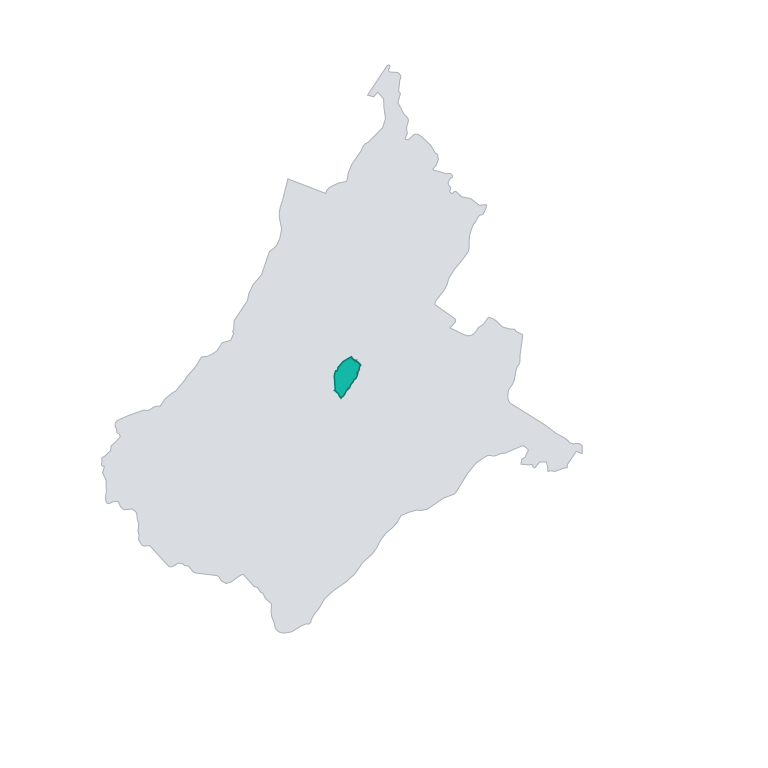 Lodja, Kasaï-Oriental, Democratic Republic of the Congo shown in context, rotated 213°
{"feature_id": "63176286B24830189223330", "entity_name": "Lodja", "entity_type": "district", "adm_level": 2, "iso_a3": "COD", "parent_name": "Democratic Republic of the Congo", "parent_adm1": "Kasaï-Oriental", "projection": "equal_earth", "projection_center": [23.394, -3.517], "detail": "fine", "context": "in_parent", "style": "filled", "palette": "teal", "viewbox_px": 768, "rotation_deg": 213, "n_neighbors": 0, "source": "geoboundaries", "source_scale": "gbopen_adm2", "svg_char_len": 6785}
<svg xmlns="http://www.w3.org/2000/svg" viewBox="0 0 768 768"><g transform="rotate(213 384 384)"><path d="M576.3,503.7L536.7,512.1L537.4,515.1L537.1,518.2L536.0,520.7L532.0,527.3L525.9,533.3L525.9,534.7L528.9,541.5L530.7,550.7L530.2,566.9L530.9,571.3L530.8,574.7L528.8,578.5L524.7,598.0L527.3,607.4L535.0,616.3L539.5,622.8L547.2,625.1L548.4,624.8L549.0,619.3L555.1,617.3L554.8,651.9L554.3,653.9L553.2,654.3L551.7,653.2L551.3,649.9L549.7,648.5L542.2,652.7L540.3,652.6L538.2,651.9L536.7,650.1L536.3,647.5L531.1,637.4L528.5,636.7L525.6,627.6L513.9,621.0L509.4,620.4L507.0,618.4L504.7,611.2L500.8,606.6L500.0,601.5L499.2,600.8L496.8,601.8L494.7,609.9L492.0,611.8L487.2,612.0L475.1,609.7L466.4,605.5L464.2,605.8L460.7,602.0L459.3,595.8L460.1,591.0L459.4,590.3L446.2,594.3L443.1,596.8L440.1,596.1L439.2,594.8L440.5,591.5L439.8,587.9L438.8,586.3L434.9,584.9L433.7,581.1L431.3,580.5L430.5,581.1L429.9,583.7L428.5,584.6L420.6,583.3L412.4,586.7L401.4,585.8L396.2,589.9L395.4,589.8L394.3,587.7L393.3,581.1L393.8,579.3L395.5,578.0L396.0,575.4L395.5,568.5L395.9,566.9L395.3,563.0L393.7,556.7L391.3,551.6L386.4,543.9L385.4,540.3L385.8,531.7L387.4,518.0L387.2,507.9L385.1,501.3L384.7,494.2L386.0,481.4L384.7,478.4L359.6,477.3L358.5,476.3L358.0,474.6L359.2,467.0L343.9,468.9L339.3,470.4L336.5,473.5L335.6,477.4L335.5,482.9L333.2,488.2L332.6,497.1L328.3,498.1L324.1,498.1L315.9,496.3L308.0,498.8L304.1,501.2L302.1,500.0L295.0,500.9L294.0,500.3L285.8,482.6L282.1,476.7L281.4,473.8L281.7,471.1L280.7,467.4L276.9,458.3L276.1,454.1L276.3,447.5L275.8,445.2L272.4,439.5L270.1,437.6L267.6,436.6L226.6,437.4L213.0,436.3L203.1,437.1L198.1,436.6L196.7,435.8L192.2,437.0L189.8,439.4L186.3,440.6L184.1,440.1L179.8,433.5L185.6,432.4L186.0,431.7L186.3,415.9L184.7,413.7L187.8,411.0L192.8,404.0L197.7,401.6L198.3,400.2L199.4,400.2L201.1,403.2L205.4,407.0L210.6,403.6L211.1,402.7L211.8,395.9L213.1,395.3L215.3,396.8L216.6,396.8L218.8,394.8L225.5,391.4L227.5,395.8L225.7,399.7L226.5,402.5L226.7,406.8L227.8,407.8L233.1,408.2L234.6,407.2L245.0,391.7L247.7,389.9L252.1,383.7L257.9,380.9L260.4,376.0L263.8,367.3L265.2,354.8L264.6,333.1L265.1,330.1L272.1,320.4L279.4,302.6L284.2,298.0L287.9,296.1L293.6,289.6L298.1,283.0L297.5,275.2L298.5,268.7L301.0,260.4L301.8,251.6L300.9,242.4L301.3,234.8L304.6,222.8L305.0,209.0L308.0,197.4L314.0,182.6L316.8,171.7L316.3,160.8L317.1,152.9L316.8,148.2L315.7,144.1L316.3,141.6L318.6,140.5L321.4,136.5L326.5,125.8L332.0,120.7L335.8,119.0L339.7,119.2L342.3,120.1L346.5,124.3L351.3,127.6L354.9,131.8L358.4,138.2L366.9,139.6L370.5,142.0L372.8,142.8L373.6,142.2L375.3,142.6L379.4,144.5L382.6,143.4L398.3,147.7L400.1,145.6L404.5,134.5L407.8,130.7L413.2,130.3L417.4,132.4L419.7,132.4L439.0,122.9L441.5,122.4L448.5,124.7L453.1,123.2L455.0,123.6L458.9,122.0L462.1,115.3L464.8,113.7L492.6,120.9L496.8,117.4L498.9,117.0L505.0,119.6L506.9,123.6L510.6,127.1L513.3,133.0L517.4,136.2L519.6,139.3L522.0,141.5L527.0,142.2L533.4,137.0L538.0,137.5L542.5,140.4L544.1,140.3L547.5,137.2L549.3,133.9L551.1,133.2L553.8,134.6L556.0,137.7L558.0,142.1L564.9,152.1L571.7,156.3L573.4,162.4L575.8,161.8L577.0,162.4L578.8,166.3L580.0,167.1L580.2,168.6L578.6,172.3L577.0,179.2L579.1,183.5L577.4,189.8L576.5,196.2L578.7,197.8L581.5,197.7L584.1,201.0L586.1,201.5L588.2,205.1L587.8,208.1L581.1,218.5L571.2,231.4L567.8,232.9L566.1,235.3L564.8,239.0L561.9,242.2L559.7,243.5L559.5,252.7L556.2,262.4L554.9,264.3L553.1,279.9L553.4,282.7L551.5,295.4L551.8,307.3L547.0,311.1L543.7,316.9L542.2,321.0L542.2,330.6L536.8,336.6L536.4,337.9L537.7,344.7L539.7,345.8L539.8,348.1L544.2,355.4L543.9,378.0L544.1,380.2L546.4,385.5L547.9,395.8L546.2,408.7L552.2,432.5L549.4,441.2L550.7,449.5L554.3,458.3L562.7,466.9L565.0,470.4L567.1,475.2L569.1,482.6L576.3,503.7Z" fill="#d9dde1" stroke="#a8b0b8" stroke-width="1"/><path d="M422.0,351.5L421.2,351.7L420.6,351.8L420.2,351.7L419.6,351.3L419.3,351.2L417.7,351.2L417.4,351.1L417.0,351.1L416.8,351.0L416.5,350.6L415.8,350.1L415.3,349.8L414.8,349.6L414.2,349.3L413.8,349.1L413.4,349.1L413.1,349.1L412.3,348.7L412.3,349.1L412.3,349.7L412.2,350.2L411.6,351.3L411.6,351.5L411.5,352.8L411.5,353.4L411.3,353.7L411.4,354.0L411.5,354.4L411.6,354.9L411.6,355.4L411.7,356.0L411.8,356.8L411.9,357.6L411.9,357.9L411.8,358.3L411.7,358.6L411.6,359.0L411.4,359.4L411.2,359.9L411.2,360.1L411.4,360.4L411.7,360.5L411.8,360.7L411.8,360.8L411.6,361.0L411.2,361.5L410.8,361.8L410.8,362.2L410.9,362.5L411.0,363.0L411.1,363.5L411.2,363.9L411.2,364.6L411.3,364.9L411.4,365.2L411.4,365.5L411.4,365.8L411.5,366.1L411.5,366.4L411.4,366.9L411.3,367.3L411.2,367.8L411.2,368.1L411.1,368.5L411.1,369.0L411.1,369.5L411.4,370.4L411.5,370.7L411.5,371.0L411.4,371.3L411.3,371.6L411.1,372.0L411.0,372.3L410.8,372.8L410.7,373.3L410.6,373.5L410.6,373.9L410.8,374.5L410.9,374.8L410.9,375.1L410.9,375.6L411.0,376.1L411.1,376.7L411.3,377.2L411.5,377.6L411.7,378.0L412.0,378.3L412.0,378.6L411.9,378.8L412.0,378.8L412.3,378.7L412.5,378.6L412.8,378.6L412.8,378.9L412.7,379.3L412.6,379.7L412.5,380.3L412.5,381.5L412.5,382.1L412.7,382.6L412.9,383.0L413.1,383.6L413.3,383.8L413.6,384.2L413.8,384.5L413.8,385.0L413.8,385.3L413.8,385.7L413.9,385.8L413.9,386.1L414.0,386.2L414.0,386.3L414.0,386.5L413.9,386.8L413.8,387.0L414.0,387.1L414.4,387.1L414.7,387.0L414.8,387.0L415.2,387.4L415.1,387.5L415.3,387.5L415.5,387.5L415.9,387.9L416.1,387.9L416.4,387.6L416.5,387.6L416.8,387.7L417.0,387.9L417.0,388.0L417.3,388.1L417.5,388.0L417.9,388.0L418.0,388.2L418.2,388.3L418.3,388.3L418.4,388.2L418.7,388.3L418.8,388.2L419.3,387.9L419.3,388.0L419.5,388.2L419.8,388.2L419.8,388.3L419.9,388.5L420.0,388.7L420.1,388.4L420.3,388.5L420.6,388.4L420.8,388.3L420.8,388.2L421.0,388.2L421.1,387.8L421.2,388.0L421.3,388.0L421.5,388.1L421.8,387.9L422.0,387.9L422.1,388.1L422.3,388.1L422.4,387.9L422.5,387.9L422.8,387.8L422.9,387.7L423.0,387.7L423.2,387.8L423.4,387.9L423.6,388.0L423.8,388.2L424.1,388.0L424.3,388.0L424.5,388.2L424.7,387.9L424.8,387.9L424.9,388.0L424.9,388.3L425.0,388.5L425.4,388.7L425.8,389.0L426.0,388.9L426.3,388.7L426.4,388.8L426.6,388.3L426.9,387.8L427.1,387.5L427.2,387.3L430.7,380.2L430.7,379.8L430.8,379.1L430.7,378.6L430.6,378.2L430.7,377.7L430.8,377.5L431.1,377.0L431.2,376.6L431.2,376.2L431.2,375.9L431.1,375.6L431.0,375.2L430.9,374.9L430.9,374.7L431.1,374.4L431.2,374.2L431.5,374.0L431.5,373.4L431.5,372.8L431.5,372.4L430.9,371.5L430.9,371.2L430.7,370.4L430.6,369.8L430.5,369.6L430.5,369.3L430.7,369.1L431.1,369.1L431.4,369.1L431.6,369.0L431.7,368.8L431.7,368.5L431.5,368.1L431.4,367.6L431.2,366.9L430.8,365.4L430.6,364.9L430.5,364.5L430.4,364.2L430.0,363.5L429.6,362.9L429.2,362.4L427.8,360.7L427.1,359.6L426.4,358.7L425.8,357.9L425.6,357.5L425.3,357.1L424.1,355.7L423.4,354.8L423.0,354.3L422.8,353.9L422.7,353.8L422.4,353.4L422.1,353.0L422.0,352.6L421.9,352.1L422.0,351.5Z" fill="#14b8a6" stroke="#0f766e" stroke-width="1.5"/></g></svg>